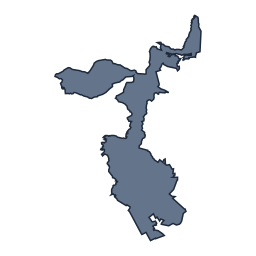 Poian, Covasna, Romania (Robinson projection)
{"feature_id": "2599482B85588216220472", "entity_name": "Poian", "entity_type": "district", "adm_level": 2, "iso_a3": "ROU", "parent_name": "Romania", "parent_adm1": "Covasna", "projection": "robinson", "projection_center": [26.168, 46.118], "detail": "fine", "context": "isolated", "style": "filled", "palette": "slate", "viewbox_px": 256, "rotation_deg": 0, "n_neighbors": 0, "source": "geoboundaries", "source_scale": "gbopen_adm2", "svg_char_len": 5814}
<svg xmlns="http://www.w3.org/2000/svg" viewBox="0 0 256 256"><path d="M179.4,224.2L180.6,223.1L181.7,220.9L183.3,213.4L186.0,211.4L185.1,209.1L184.7,209.3L172.7,198.4L175.0,196.6L172.0,196.3L169.3,194.0L173.6,189.5L177.0,180.3L177.5,180.1L177.6,177.3L172.7,177.2L174.0,176.5L173.7,175.8L173.9,175.5L174.9,175.1L174.9,173.4L172.9,173.6L173.5,168.8L172.1,169.1L169.5,164.6L166.5,165.2L164.3,163.4L165.4,163.2L165.1,159.0L163.9,159.7L162.7,162.2L159.7,159.7L158.0,162.3L154.4,159.9L153.8,158.7L152.6,157.9L152.5,157.0L151.1,155.2L150.8,153.8L149.5,151.8L147.6,150.9L147.7,150.3L139.1,148.0L139.1,147.0L139.3,145.7L141.3,143.8L141.5,141.4L142.6,138.6L144.7,137.5L145.2,135.7L145.2,134.9L144.5,134.2L144.6,132.4L141.6,130.0L142.5,128.4L141.8,125.6L142.9,124.2L142.7,122.9L141.8,121.6L143.8,120.9L144.1,118.8L143.3,116.7L144.5,115.7L144.9,114.7L146.6,113.7L146.7,112.9L146.2,111.5L146.7,109.8L146.1,108.1L146.6,104.3L147.1,103.5L146.8,101.4L148.6,100.0L149.9,99.8L151.6,101.1L153.6,99.3L154.1,97.8L153.9,95.6L154.3,93.5L156.3,92.6L158.2,94.2L158.6,94.1L158.6,93.3L159.2,92.4L164.9,92.9L165.0,92.3L165.5,92.2L168.8,92.5L164.7,90.2L160.8,88.8L157.9,86.6L159.0,85.3L159.2,84.1L156.0,71.8L160.5,70.2L159.6,68.8L160.8,67.1L162.1,63.9L163.2,63.2L163.8,64.5L167.6,66.5L176.1,68.3L176.7,68.7L177.5,70.8L178.8,69.7L179.4,68.6L179.2,66.3L177.4,66.5L176.9,63.5L178.1,63.2L178.4,62.1L177.8,61.6L178.4,60.9L178.9,61.2L179.5,60.8L180.7,58.6L179.0,58.8L177.9,56.5L176.3,55.7L175.2,55.8L175.3,54.9L174.4,54.3L171.5,54.7L169.7,56.8L168.4,56.4L169.1,55.7L168.5,55.3L169.3,54.6L167.5,53.7L166.9,54.1L166.3,53.7L166.6,52.6L172.1,54.1L176.7,53.6L179.0,54.4L180.0,54.3L181.7,55.3L182.8,54.7L183.6,54.8L183.8,54.4L187.7,54.4L191.3,53.5L191.3,55.2L187.8,55.3L185.7,54.8L185.4,55.3L184.3,55.4L184.0,57.1L183.4,57.5L183.8,57.6L183.5,58.4L183.9,58.9L183.4,59.4L183.7,59.7L183.0,59.8L183.1,60.2L185.5,58.8L188.7,58.9L189.1,58.5L188.9,57.6L194.2,57.0L195.5,57.3L195.6,55.1L196.0,54.7L196.3,52.9L200.0,51.7L201.0,31.2L198.6,26.7L198.9,24.0L198.4,22.9L198.3,19.3L197.9,17.3L194.8,15.4L194.4,15.5L193.9,16.4L194.8,16.8L194.9,17.4L194.3,18.0L193.9,17.6L193.5,18.0L193.5,18.5L192.7,18.8L192.9,19.2L192.3,19.5L192.4,19.8L191.6,20.3L192.0,21.3L191.3,22.4L192.0,22.8L191.4,24.0L191.5,24.6L190.9,25.5L191.4,25.9L191.4,27.0L190.7,28.8L191.3,29.9L189.5,32.9L188.8,35.2L188.8,36.3L186.2,39.6L186.2,41.0L185.4,41.6L184.3,44.5L184.5,45.0L183.4,46.3L184.0,46.9L183.9,47.4L181.4,50.0L179.1,49.4L176.3,49.4L174.8,49.9L173.2,49.0L171.8,49.2L170.8,48.8L169.0,46.8L165.2,46.1L163.1,44.2L162.1,44.2L161.0,43.5L161.0,42.5L160.0,42.3L157.3,42.6L161.0,44.9L160.4,47.6L161.5,50.2L157.1,48.8L156.3,46.8L155.3,47.1L154.7,46.5L153.8,46.7L153.1,46.2L151.8,47.1L150.2,49.3L150.4,49.8L149.4,51.5L150.0,53.1L150.2,56.1L149.9,59.7L149.1,62.3L150.0,64.4L149.4,66.0L146.1,69.6L146.1,73.4L145.7,74.1L137.6,73.6L136.1,72.3L136.1,71.3L135.6,70.7L134.3,70.1L132.0,70.7L130.3,70.5L127.3,68.6L124.8,68.0L120.1,64.9L117.8,64.8L114.7,63.6L113.2,63.6L111.7,60.9L110.4,60.1L106.8,60.0L105.4,59.4L98.6,60.6L96.3,61.5L94.2,63.2L93.4,65.5L90.1,70.7L89.1,71.7L88.8,72.6L88.0,72.7L87.8,73.3L84.9,71.9L82.2,71.6L79.5,70.6L72.2,69.4L69.9,67.8L68.1,67.7L64.1,70.0L63.0,71.3L58.4,73.7L56.5,73.8L55.5,74.7L55.0,76.5L57.5,77.4L59.3,78.8L61.3,78.7L62.5,80.0L61.9,82.1L60.5,83.3L61.7,86.3L61.7,87.6L62.3,88.8L63.2,89.0L63.6,88.5L63.2,87.4L64.0,87.6L65.0,89.6L65.4,93.6L68.4,93.5L69.4,93.8L70.7,93.2L71.5,93.9L73.0,93.7L73.9,92.5L76.0,92.8L80.5,94.8L81.4,94.7L83.8,96.0L87.4,96.9L89.3,98.1L91.6,98.5L94.4,97.0L97.5,96.7L97.8,95.9L102.7,94.3L105.9,92.4L109.6,88.8L112.5,86.6L112.3,84.1L114.9,83.0L119.7,82.0L121.4,80.5L122.7,80.0L125.9,76.9L131.6,76.5L133.3,75.7L133.1,76.0L134.0,78.4L133.5,81.7L131.3,82.5L126.9,82.5L125.9,84.0L125.6,85.5L123.7,89.6L123.5,92.3L118.2,95.3L116.6,95.8L116.2,96.7L116.3,97.5L115.5,98.2L117.5,99.8L118.6,101.7L122.2,102.5L125.0,104.0L127.1,106.3L127.6,108.8L128.0,109.4L129.7,110.7L130.0,111.8L130.9,112.0L131.9,113.3L132.0,114.4L131.4,115.5L127.3,117.7L127.5,119.0L128.4,120.0L128.8,121.2L131.5,121.5L130.7,122.7L129.7,126.1L130.9,127.3L130.2,128.8L129.1,129.3L127.1,131.7L127.0,132.1L127.4,132.2L126.8,132.6L126.3,133.8L126.9,133.9L126.1,134.3L125.9,136.7L126.8,136.8L126.4,138.1L125.0,138.5L123.6,138.0L122.7,138.3L121.5,138.1L117.3,137.1L116.5,136.2L114.1,135.5L110.9,135.5L110.0,136.1L109.5,135.7L108.5,136.2L108.0,135.6L105.9,135.5L105.4,135.6L105.5,136.1L104.7,136.1L104.8,136.8L103.9,136.7L103.1,137.6L106.0,139.0L104.4,139.7L106.2,140.4L106.0,141.8L104.7,142.3L104.1,143.0L103.4,142.4L102.2,142.3L101.5,142.8L101.8,144.1L103.1,145.1L103.4,146.0L102.5,146.7L102.8,148.5L101.3,148.3L100.7,149.6L102.1,150.1L104.3,149.5L104.4,149.9L104.4,151.4L103.7,152.4L101.6,154.3L102.6,155.9L104.7,154.0L107.6,155.3L108.8,158.4L108.7,159.8L109.1,160.7L107.5,162.6L107.2,163.7L108.6,165.2L108.5,165.7L109.3,166.1L109.5,167.8L108.7,170.0L108.8,171.6L112.2,175.9L112.6,176.7L112.6,177.7L114.0,178.0L115.7,179.4L116.2,180.2L115.6,180.9L116.6,181.2L116.6,181.7L117.4,181.5L117.4,181.9L115.9,182.9L115.8,184.5L114.7,185.2L113.5,185.2L113.0,185.8L113.1,186.9L111.7,189.2L111.6,192.2L112.0,193.6L111.1,194.8L113.3,194.0L113.6,194.6L115.5,195.0L115.7,195.5L114.9,195.9L115.2,196.4L114.6,196.6L114.7,196.9L116.6,198.5L117.6,200.4L126.0,205.5L126.7,205.5L127.0,204.8L130.1,206.9L129.8,208.3L128.3,210.5L129.5,211.6L141.3,233.7L141.9,234.5L146.0,232.4L150.5,240.6L155.5,238.2L155.7,238.7L164.3,235.5L162.5,233.7L158.2,230.7L154.8,230.0L153.8,230.3L153.4,229.1L154.4,228.5L152.9,226.1L154.9,225.0L155.2,225.4L156.4,225.0L156.1,223.4L156.7,223.1L155.4,221.1L152.2,221.9L149.0,217.4L153.4,213.8L155.6,218.3L157.1,217.1L159.6,221.0L160.8,219.0L164.0,220.4L162.0,222.5L161.2,224.1L161.5,224.3L168.7,225.8L173.0,223.4L176.4,225.0L179.4,224.2Z" fill="#64748b" stroke="#1e293b" stroke-width="1.5"/></svg>